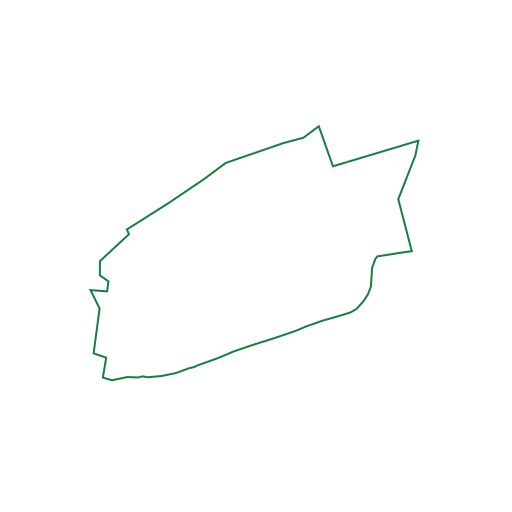 outline of Alat, Bukhoro, Uzbekistan, rotated 304°
{"feature_id": "79887680B15595975584782", "entity_name": "Alat", "entity_type": "district", "adm_level": 2, "iso_a3": "UZB", "parent_name": "Uzbekistan", "parent_adm1": "Bukhoro", "projection": "mercator", "projection_center": [64.051, 39.204], "detail": "fine", "context": "isolated", "style": "outline", "palette": "green", "viewbox_px": 512, "rotation_deg": 304, "n_neighbors": 0, "source": "geoboundaries", "source_scale": "gbopen_adm2", "svg_char_len": 770}
<svg xmlns="http://www.w3.org/2000/svg" viewBox="0 0 512 512"><g transform="rotate(304 256 256)"><path d="M205.8,134.1L203.0,138.5L164.5,129.5L152.7,137.3L152.4,147.9L143.4,152.3L135.2,137.9L125.0,155.7L84.5,175.8L87.9,188.7L69.6,197.0L72.4,206.0L83.6,216.9L89.6,226.5L92.8,229.3L95.0,234.2L103.9,245.0L114.1,255.0L125.3,263.1L129.0,266.5L133.3,269.2L150.3,281.7L164.3,290.8L180.8,303.3L199.4,318.1L216.9,331.3L225.3,336.7L239.1,346.9L250.2,356.3L261.9,365.8L268.5,369.0L279.2,370.4L287.2,370.2L295.0,368.3L311.3,358.8L320.4,356.6L323.5,356.8L335.1,369.3L337.6,371.9L347.1,382.5L382.6,342.2L428.5,331.9L442.4,326.1L373.4,269.6L398.7,235.5L380.6,229.2L364.6,215.3L316.3,178.9L289.9,169.6L250.5,153.7L205.8,134.1Z" fill="none" stroke="#15803d" stroke-width="2"/></g></svg>